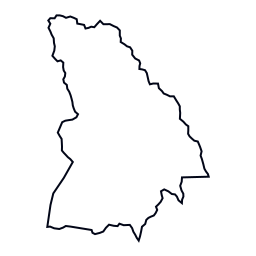 outline of Nazaré, Bahia, Brazil
{"feature_id": "56859067B60391467377096", "entity_name": "Nazaré", "entity_type": "district", "adm_level": 2, "iso_a3": "BRA", "parent_name": "Brazil", "parent_adm1": "Bahia", "projection": "orthographic", "projection_center": [-38.979, -12.947], "detail": "fine", "context": "isolated", "style": "outline", "palette": "ink", "viewbox_px": 256, "rotation_deg": 0, "n_neighbors": 0, "source": "geoboundaries", "source_scale": "gbopen_adm2", "svg_char_len": 2122}
<svg xmlns="http://www.w3.org/2000/svg" viewBox="0 0 256 256"><path d="M138.7,240.6L140.0,236.4L141.1,231.5L142.0,226.7L145.2,224.0L146.3,219.9L148.4,217.9L151.0,216.6L153.8,215.5L155.6,213.1L157.2,209.9L156.0,206.7L158.4,204.4L160.7,201.8L162.6,198.2L161.7,195.0L161.0,191.3L164.2,189.4L168.5,191.4L171.8,194.0L175.0,194.4L176.9,196.6L178.5,200.3L181.9,203.1L182.1,199.7L183.4,196.6L183.3,193.7L181.5,190.4L180.2,185.8L181.7,181.7L182.0,177.4L208.7,176.7L207.9,174.0L206.0,171.5L204.4,168.7L203.3,164.1L201.9,159.1L200.6,155.6L201.6,151.3L200.0,146.7L197.8,141.5L194.3,140.7L191.9,138.6L189.6,136.4L188.1,133.8L188.3,130.2L188.3,126.2L185.9,124.5L183.4,121.7L179.9,118.8L180.2,112.9L179.8,109.5L179.8,106.3L178.2,103.4L176.2,100.3L173.8,96.3L169.9,96.3L166.9,94.8L163.7,93.5L162.0,91.1L158.9,88.2L158.0,83.6L153.3,83.5L149.9,84.3L148.6,81.2L147.7,77.1L146.8,73.1L145.0,70.2L142.2,69.4L139.4,69.0L139.5,66.0L140.2,63.3L139.1,60.5L135.2,58.5L132.2,54.7L132.3,50.7L130.1,47.3L127.0,46.3L124.5,44.3L120.7,42.0L120.9,38.4L119.8,35.7L119.8,30.4L117.0,27.5L113.7,26.1L109.8,24.1L107.0,24.2L103.4,24.2L100.1,20.8L97.0,24.1L94.3,27.2L91.2,26.7L88.5,27.9L85.5,28.5L84.1,24.9L80.1,24.1L77.3,23.6L76.7,19.2L73.7,17.8L70.3,16.5L66.0,17.8L63.0,16.2L59.8,15.4L56.5,15.4L54.6,18.3L50.3,18.2L48.3,20.5L50.3,23.7L48.5,27.8L50.4,31.5L51.6,34.6L53.7,38.3L54.0,42.9L54.8,46.3L54.3,50.6L52.4,55.8L55.2,59.0L57.5,61.3L60.7,60.4L63.3,62.6L63.1,67.1L63.7,70.5L65.3,73.1L64.9,76.5L63.3,79.3L64.0,82.6L66.8,84.9L67.3,88.7L69.2,91.7L70.6,95.3L71.5,98.5L72.4,102.0L72.8,105.4L73.7,108.3L75.1,111.7L78.0,114.2L76.4,117.3L72.4,119.6L68.3,120.2L65.3,120.7L62.2,122.2L57.8,132.6L59.9,136.3L61.6,138.9L61.8,142.4L62.0,146.7L61.9,150.5L63.7,152.7L65.7,154.8L67.9,157.2L70.3,159.1L72.8,162.0L63.8,177.9L53.3,193.4L50.5,204.9L47.3,226.9L50.1,226.6L54.2,228.3L59.3,229.0L63.1,227.6L65.8,226.0L70.6,226.6L91.6,230.0L92.5,232.8L95.0,234.1L99.8,232.9L103.3,231.5L105.9,227.8L109.0,224.7L113.8,225.8L117.6,226.1L119.4,223.7L123.7,225.2L129.8,224.9L132.1,228.1L133.4,231.8L135.2,234.7L136.8,237.9L138.7,240.6Z" fill="none" stroke="#020617" stroke-width="2"/></svg>